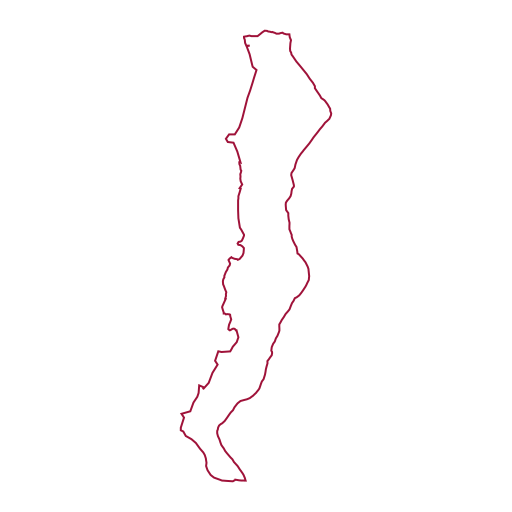 Ayat, Al Jizah, Egypt
{"feature_id": "37247803B7250727301439", "entity_name": "Ayat", "entity_type": "district", "adm_level": 2, "iso_a3": "EGY", "parent_name": "Egypt", "parent_adm1": "Al Jizah", "projection": "albers", "projection_center": [31.24, 29.564], "detail": "fine", "context": "isolated", "style": "outline", "palette": "rose", "viewbox_px": 512, "rotation_deg": 0, "n_neighbors": 0, "source": "geoboundaries", "source_scale": "gbopen_adm2", "svg_char_len": 5541}
<svg xmlns="http://www.w3.org/2000/svg" viewBox="0 0 512 512"><path d="M245.6,480.6L245.3,479.7L244.9,478.1L243.5,474.8L242.3,472.9L241.5,471.8L240.9,470.9L239.9,469.6L237.8,466.3L237.4,465.8L234.3,462.4L234.0,462.1L232.4,459.3L230.4,457.3L226.5,452.7L226.2,452.3L225.1,450.9L224.1,449.0L223.3,447.7L223.1,447.5L221.4,445.1L220.4,442.4L219.5,439.5L218.0,436.3L217.9,436.0L217.2,433.3L217.2,430.9L217.8,429.5L218.1,427.6L219.1,425.5L220.6,424.2L220.9,424.0L221.7,423.6L222.3,423.2L224.7,421.0L227.0,417.8L229.4,414.3L230.8,412.4L233.0,410.2L234.4,407.4L236.7,404.4L237.6,403.3L240.5,401.0L243.8,400.1L244.9,399.8L246.9,399.3L249.8,398.1L252.2,396.3L252.6,396.1L256.2,392.7L256.9,391.7L258.1,390.3L258.9,389.2L259.4,388.4L260.1,386.4L261.0,383.7L261.8,381.6L261.9,381.4L263.5,379.3L263.7,378.8L265.0,374.6L265.5,371.9L265.9,369.2L266.6,366.4L267.5,363.3L267.4,361.1L268.9,359.2L270.1,357.4L271.7,355.3L272.1,353.3L272.1,352.8L272.0,351.8L271.3,350.7L271.7,347.5L271.8,347.0L273.2,343.7L274.8,341.5L275.0,340.9L275.9,338.3L277.5,335.7L278.0,334.4L278.9,332.2L279.4,330.6L279.4,330.1L279.4,328.8L279.3,326.4L279.3,324.4L280.6,322.2L281.5,320.5L281.7,320.1L283.7,317.2L283.9,316.9L285.6,314.0L287.9,311.4L289.5,309.4L290.8,306.0L292.0,303.1L292.9,301.8L293.6,300.8L294.8,298.2L296.7,297.3L299.2,295.4L299.7,294.8L301.0,293.2L303.0,290.4L305.6,286.4L306.1,285.4L306.4,284.9L307.2,283.1L308.8,280.0L309.0,277.7L309.2,276.1L309.1,275.5L308.5,269.6L308.5,269.1L307.7,266.7L306.1,263.5L305.5,262.3L303.8,260.1L302.7,258.5L300.5,256.1L298.9,254.3L297.5,253.5L297.3,251.6L296.8,248.8L296.5,247.0L295.8,245.9L295.0,244.6L293.3,241.2L292.3,238.8L291.8,237.0L291.7,236.6L291.7,234.9L290.9,233.1L290.6,232.2L289.5,229.5L289.4,229.3L289.4,226.7L289.4,225.8L289.5,223.9L289.5,222.6L288.7,219.3L288.3,215.7L288.3,213.1L286.2,210.2L286.1,209.8L285.8,206.3L285.7,204.5L285.9,202.6L287.2,200.6L289.1,198.4L289.5,197.8L289.7,197.5L290.6,196.1L291.3,193.6L291.6,191.1L292.1,188.8L293.9,186.6L293.9,186.3L293.9,185.7L293.9,185.2L292.7,180.4L291.2,175.1L291.5,173.0L291.9,172.4L293.4,170.2L294.4,168.6L294.7,168.0L295.0,166.6L295.3,165.2L295.4,164.6L297.0,159.9L298.6,157.1L300.9,153.7L303.1,151.0L303.5,150.4L304.6,149.1L306.6,146.7L309.0,143.8L309.2,143.6L310.1,142.3L312.1,139.5L312.6,138.7L313.5,137.4L315.4,135.0L316.3,133.9L316.7,133.4L317.0,133.0L317.8,132.0L319.9,129.2L321.9,126.9L322.1,126.7L325.0,122.8L325.3,122.5L325.8,122.1L327.3,120.8L328.5,119.6L329.3,118.9L330.9,115.4L331.2,113.6L331.2,113.4L330.3,111.0L330.1,108.6L329.3,107.4L328.3,105.6L327.6,104.4L327.1,103.7L326.2,102.5L325.9,102.1L325.5,101.5L324.4,100.2L323.5,99.6L322.7,99.0L322.0,98.6L321.3,98.1L319.9,95.5L319.7,95.2L317.2,91.6L317.0,91.3L314.9,88.2L314.9,86.2L313.9,84.5L313.0,82.9L312.3,82.0L309.7,78.7L306.8,74.2L300.7,66.7L296.6,61.8L296.4,61.6L295.8,60.7L294.7,59.1L294.1,58.2L292.6,56.0L292.1,55.4L291.5,54.5L291.2,53.0L291.1,52.5L290.2,51.0L290.0,48.6L290.4,43.1L291.0,40.1L290.6,39.3L290.5,39.1L290.4,38.7L289.8,37.4L289.6,36.1L289.4,34.3L286.2,34.3L283.5,33.5L282.6,32.7L281.0,33.0L280.2,33.2L279.2,33.6L277.7,33.7L276.5,33.7L274.7,32.8L273.3,32.4L272.6,32.0L272.0,32.2L270.9,32.0L269.9,31.7L268.2,31.5L267.1,30.9L264.7,30.7L262.3,32.3L259.9,34.3L257.6,36.1L256.5,36.1L255.9,36.1L253.5,36.1L252.6,36.1L251.3,36.1L249.4,35.6L247.6,36.0L247.1,36.2L245.7,36.4L244.5,36.6L244.0,36.7L244.0,37.9L244.8,39.8L244.9,41.0L245.1,42.9L246.3,45.7L249.7,45.6L246.6,46.2L249.6,54.2L252.3,65.4L252.7,66.8L256.5,70.0L254.0,77.9L252.6,82.6L250.1,90.6L247.5,97.8L242.4,118.0L241.1,121.9L239.2,127.5L234.8,134.4L229.1,134.4L225.9,138.8L227.8,142.0L233.5,142.7L235.4,147.1L237.3,151.5L240.1,161.0L240.5,162.4L239.9,162.1L239.3,162.2L239.4,164.1L240.2,165.9L240.4,167.8L240.6,169.6L241.3,170.8L240.8,172.8L240.3,174.1L240.5,176.6L240.3,178.7L240.7,181.3L242.2,184.5L239.6,188.2L240.7,188.6L239.7,192.1L238.4,196.2L238.4,198.4L238.1,200.3L238.1,202.5L238.1,210.4L238.4,218.3L239.9,227.7L241.2,229.6L244.0,234.7L244.0,235.6L243.0,238.2L241.8,240.7L240.5,241.6L238.6,241.9L237.6,243.5L238.3,244.8L240.5,245.1L242.4,246.4L243.9,248.1L243.8,249.8L243.5,253.0L242.5,255.6L241.3,257.0L239.6,259.0L237.8,259.8L237.2,259.2L234.6,258.8L233.3,258.3L232.0,257.8L231.4,257.2L229.6,258.6L228.5,260.0L229.3,261.8L230.1,263.6L229.6,265.5L227.9,267.5L227.4,269.5L225.8,272.1L224.8,274.7L224.3,276.0L224.4,277.3L223.3,279.3L222.9,281.2L223.0,283.1L223.1,283.7L223.1,284.3L223.9,286.1L224.8,288.6L225.5,290.4L226.3,292.2L225.9,294.1L226.0,296.0L225.2,298.7L225.7,298.9L222.8,305.3L222.4,306.2L222.1,307.2L222.7,309.4L223.7,312.5L223.7,313.5L224.6,313.5L225.3,313.8L225.9,314.4L227.1,314.1L229.7,314.4L230.1,314.7L230.3,316.4L231.2,319.4L230.2,322.1L229.1,324.6L228.7,326.6L228.3,329.1L229.6,330.3L230.3,330.2L231.4,329.5L232.6,328.8L233.9,328.6L235.1,329.2L235.9,330.4L236.5,330.3L238.4,337.3L236.7,342.2L232.8,346.7L231.5,349.2L230.2,351.4L221.5,352.0L219.7,351.6L218.3,351.3L215.1,360.8L217.6,364.6L216.0,367.2L212.5,372.8L208.7,382.9L205.0,387.0L203.0,389.2L203.7,387.3L199.2,385.4L198.6,393.0L197.3,396.8L193.5,402.5L190.3,411.3L181.5,413.8L184.0,417.6L181.3,426.1L180.8,427.7L180.8,430.3L183.3,431.5L185.8,436.0L186.4,436.3L191.5,439.2L195.9,443.0L200.0,448.7L202.8,451.9L203.2,452.3L204.6,454.7L204.9,455.4L205.9,458.6L205.9,459.0L206.5,462.8L206.1,466.0L206.9,468.4L207.6,470.3L210.6,474.9L211.3,475.5L214.0,477.6L214.8,477.9L219.8,479.7L222.1,480.6L222.8,480.6L226.8,480.9L232.8,481.3L235.5,479.8L235.5,479.7L239.0,480.3L241.0,480.5L245.6,480.6L245.6,480.6Z" fill="none" stroke="#9f1239" stroke-width="2"/></svg>